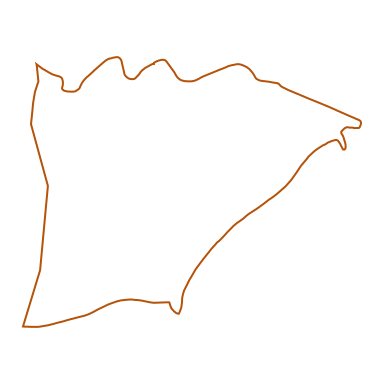 the district of Dennery Village, Dennery, Saint Lucia
{"feature_id": "8701671B98909054283677", "entity_name": "Dennery Village", "entity_type": "district", "adm_level": 2, "iso_a3": "LCA", "parent_name": "Saint Lucia", "parent_adm1": "Dennery", "projection": "mercator", "projection_center": [-60.891, 13.911], "detail": "fine", "context": "isolated", "style": "outline", "palette": "amber", "viewbox_px": 384, "rotation_deg": 0, "n_neighbors": 0, "source": "geoboundaries", "source_scale": "gbopen_adm2", "svg_char_len": 5633}
<svg xmlns="http://www.w3.org/2000/svg" viewBox="0 0 384 384"><path d="M36.5,64.2L36.7,65.0L38.4,81.4L34.9,92.1L34.5,94.7L33.2,102.4L32.8,106.1L32.7,107.4L32.3,111.7L31.0,124.3L31.5,126.0L31.7,126.7L47.9,185.9L45.9,207.4L40.1,270.2L23.0,326.5L24.4,326.6L25.4,326.7L26.3,326.7L27.5,326.7L28.2,326.7L28.7,326.8L29.5,326.8L30.3,326.8L30.8,326.8L31.7,326.9L32.4,326.8L33.6,326.9L34.3,326.9L35.4,326.9L36.4,326.9L37.1,326.9L37.7,326.9L38.3,326.8L38.8,326.8L39.3,326.7L40.3,326.6L41.2,326.4L42.1,326.3L43.2,326.1L44.3,325.9L45.3,325.7L46.0,325.6L47.2,325.4L48.4,325.2L49.1,325.0L50.3,324.7L50.7,324.6L51.7,324.3L52.8,324.1L54.2,323.7L55.3,323.4L56.7,323.0L57.8,322.7L58.9,322.4L59.4,322.3L60.7,322.0L61.2,321.9L62.9,321.4L64.0,321.2L64.4,321.0L65.0,320.8L66.3,320.4L67.4,320.1L68.9,319.7L70.3,319.3L70.8,319.2L71.5,319.0L73.1,318.6L74.3,318.3L75.5,318.0L77.6,317.4L78.6,317.2L79.3,317.0L80.0,316.8L80.5,316.7L81.7,316.4L82.8,316.1L83.8,315.9L84.5,315.7L85.7,315.3L86.1,315.1L86.6,315.0L87.9,314.5L88.8,314.1L90.1,313.6L91.0,313.1L92.2,312.5L93.1,312.1L94.0,311.6L94.7,311.2L95.3,310.9L95.8,310.6L96.7,310.1L97.6,309.6L98.4,309.2L98.8,309.0L99.3,308.8L99.9,308.5L100.4,308.2L101.5,307.7L102.4,307.3L103.6,306.7L104.5,306.3L105.1,306.0L106.3,305.4L106.7,305.2L107.4,304.9L107.9,304.6L108.5,304.4L109.6,304.0L110.6,303.6L112.0,303.1L112.5,302.9L113.6,302.5L114.7,302.2L115.6,301.8L116.8,301.4L117.3,301.3L118.2,301.1L118.8,300.9L119.3,300.8L120.4,300.5L121.9,300.3L122.6,300.2L124.1,300.0L125.3,299.9L126.3,299.8L127.3,299.7L128.2,299.6L129.2,299.6L130.1,299.5L131.3,299.5L132.3,299.6L133.4,299.7L134.8,299.9L136.0,300.0L136.7,300.0L137.2,300.0L138.2,300.1L138.9,300.2L139.6,300.3L140.0,300.4L140.5,300.4L141.8,300.6L142.7,300.8L143.3,300.9L143.7,301.0L145.1,301.3L146.1,301.5L147.1,301.7L148.5,302.0L149.5,302.2L150.5,302.4L151.4,302.5L152.4,302.6L153.4,302.8L167.9,302.3L168.8,302.3L169.3,302.4L170.3,305.5L170.4,305.9L171.1,307.6L171.5,308.5L174.1,311.4L175.3,312.3L176.4,313.2L178.7,313.8L179.6,312.1L181.2,307.9L182.0,302.6L182.1,300.0L182.2,297.9L182.9,294.4L184.1,290.5L186.8,285.2L189.2,280.3L192.7,274.4L194.8,270.7L196.0,268.8L203.0,259.4L207.6,253.7L211.7,248.5L215.3,244.6L217.0,242.5L219.4,240.7L224.1,235.8L227.4,232.1L231.4,228.1L233.5,225.9L237.1,222.9L240.5,220.6L243.4,218.5L246.4,215.8L248.8,213.9L256.3,209.1L259.4,206.9L263.5,203.9L268.9,199.7L270.8,198.5L273.1,196.9L277.3,193.6L285.5,186.4L291.3,179.9L296.6,172.4L300.9,165.9L306.9,158.8L308.5,156.6L314.3,151.2L317.4,148.9L323.0,145.3L325.5,144.3L327.8,142.6L332.1,140.9L334.3,140.3L336.0,139.9L337.0,140.2L337.9,140.6L339.9,143.4L341.2,146.0L342.6,148.7L342.9,149.4L344.3,149.6L345.3,148.8L345.6,147.2L345.6,145.1L345.3,143.4L343.7,137.9L342.8,135.6L341.9,134.2L341.5,133.7L341.2,131.9L342.3,130.5L344.7,128.2L346.8,127.2L349.8,127.6L352.3,127.6L354.4,128.1L357.0,128.0L358.8,128.0L359.8,127.0L360.8,124.5L361.0,122.8L360.6,121.3L359.9,120.6L359.5,120.3L351.2,116.7L347.4,115.1L343.9,113.5L337.0,110.5L335.1,109.6L330.1,107.4L320.8,103.5L308.2,98.4L304.9,97.0L296.6,93.5L288.2,90.0L282.6,87.2L280.9,86.2L279.7,84.8L279.0,84.2L278.5,83.6L278.0,83.5L276.9,83.1L275.0,82.8L273.5,82.6L272.8,82.5L270.4,82.0L268.7,81.7L264.5,81.2L264.1,81.2L260.7,80.7L258.5,80.0L257.7,79.5L256.7,79.0L255.9,78.3L255.0,76.8L254.6,76.0L253.8,74.7L253.2,73.7L251.6,71.6L249.3,69.0L246.8,67.2L244.3,65.9L241.4,64.7L238.3,64.1L235.7,64.4L233.6,64.9L231.3,65.3L230.7,65.5L228.4,66.1L226.0,67.2L225.4,67.5L221.6,69.0L220.9,69.2L216.3,71.1L202.8,76.6L202.3,76.9L201.4,77.3L200.5,77.8L199.8,78.2L199.0,78.7L198.6,78.9L198.2,79.1L197.4,79.5L196.4,80.0L195.4,80.4L194.6,80.7L194.0,80.8L193.6,81.0L192.6,81.1L191.7,81.3L190.8,81.3L189.8,81.3L188.9,81.4L187.7,81.3L187.1,81.3L186.1,81.2L185.7,81.2L184.8,81.1L184.1,81.0L183.4,80.8L182.4,80.6L181.5,80.3L181.1,80.1L180.6,79.9L180.2,79.7L179.8,79.4L178.8,78.6L178.3,78.2L177.5,77.4L176.9,76.6L176.3,75.8L175.8,74.9L175.3,74.1L174.9,73.3L174.5,72.5L170.1,66.5L166.5,61.5L165.3,60.3L164.5,60.1L163.6,59.8L161.8,59.8L160.1,60.2L159.3,60.4L158.5,60.7L156.9,61.2L155.9,61.7L154.8,62.3L154.0,62.8L153.9,64.0L153.1,64.0L152.6,63.9L147.2,66.8L145.0,68.1L144.3,68.6L143.9,69.0L143.3,69.5L142.8,69.8L142.2,70.3L141.8,70.7L141.2,71.4L140.7,71.9L140.0,73.0L139.5,73.7L139.1,74.2L138.3,75.2L137.9,75.6L137.2,76.3L136.2,77.3L135.8,77.8L135.0,78.5L133.9,79.0L133.3,79.1L132.7,79.1L132.3,79.1L131.5,79.1L130.6,79.0L129.7,78.8L128.7,78.5L127.6,77.8L127.1,77.4L126.4,76.8L125.7,76.1L125.1,75.4L124.6,74.6L121.5,61.1L121.3,60.5L120.8,59.4L119.9,58.4L119.5,58.0L118.3,57.3L117.8,57.2L117.0,57.1L116.3,57.2L115.8,57.2L115.1,57.4L114.1,57.5L112.4,57.9L110.8,58.4L110.2,58.5L109.1,58.7L107.5,59.4L106.8,59.8L106.1,60.3L104.7,61.3L101.9,63.7L94.6,70.1L93.9,70.7L93.3,71.4L92.6,72.0L92.2,72.4L91.5,73.0L90.8,73.7L90.4,74.0L89.7,74.7L88.6,75.7L87.9,76.3L87.0,77.0L86.5,77.5L85.7,78.2L85.2,78.9L84.5,79.6L84.2,79.9L83.7,80.6L83.1,81.3L82.6,82.1L82.0,82.9L81.7,83.5L81.5,83.9L81.0,84.9L80.5,85.9L80.3,86.4L80.0,87.0L79.8,87.7L79.2,88.5L78.6,89.2L77.8,89.7L77.0,90.2L76.3,90.8L75.4,91.2L74.5,91.5L73.6,91.6L72.7,91.7L72.2,91.7L71.4,91.7L70.8,91.7L69.9,91.6L69.0,91.5L68.5,91.5L68.0,91.5L67.0,91.4L65.7,91.1L64.6,90.8L64.1,90.6L63.5,90.3L63.0,89.9L62.5,89.4L62.1,88.8L62.1,87.8L62.3,86.9L62.6,86.0L62.8,85.0L62.9,84.1L62.9,82.9L62.9,82.3L62.7,81.1L62.7,80.5L62.4,79.6L62.1,78.8L61.6,77.9L60.6,77.1L60.1,76.8L59.3,76.5L58.4,76.2L57.4,75.9L56.5,75.7L55.6,75.4L54.5,75.1L53.8,74.8L53.4,74.7L52.9,74.5L52.1,74.2L51.2,73.7L50.3,73.3L49.5,72.8L48.6,72.3L47.8,71.8L47.0,71.3L46.1,70.8L45.1,70.2L44.1,69.7L43.7,69.4L42.8,69.0L36.5,64.2Z" fill="none" stroke="#b45309" stroke-width="2"/></svg>